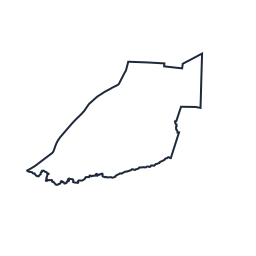 outline of Ezeiza, Buenos Aires, Argentina, rotated 230°
{"feature_id": "61730980B4318709030653", "entity_name": "Ezeiza", "entity_type": "district", "adm_level": 2, "iso_a3": "ARG", "parent_name": "Argentina", "parent_adm1": "Buenos Aires", "projection": "natural_earth1", "projection_center": [-58.584, -34.874], "detail": "fine", "context": "isolated", "style": "outline", "palette": "slate", "viewbox_px": 256, "rotation_deg": 230, "n_neighbors": 0, "source": "geoboundaries", "source_scale": "gbopen_adm2", "svg_char_len": 5398}
<svg xmlns="http://www.w3.org/2000/svg" viewBox="0 0 256 256"><g transform="rotate(230 128 128)"><path d="M77.4,141.4L91.8,164.2L92.7,163.0L93.5,163.6L94.5,164.0L94.8,164.1L95.1,164.1L95.4,163.9L95.7,164.0L96.1,164.1L96.8,164.6L97.3,164.9L97.7,165.3L98.1,165.7L98.2,165.9L98.2,166.0L98.1,166.4L98.5,166.7L98.8,166.7L99.0,166.9L99.1,167.0L99.4,167.3L99.5,167.4L100.1,167.1L100.3,167.1L100.6,167.2L100.8,167.3L101.3,167.4L101.6,167.6L102.3,167.8L102.5,168.0L102.9,168.4L102.2,169.4L110.2,182.3L105.9,187.2L100.8,193.2L99.7,194.1L96.8,196.5L120.7,217.7L137.4,232.6L142.0,211.2L138.9,207.8L152.0,195.3L154.1,197.4L165.2,185.6L178.6,170.8L173.3,163.3L172.6,161.2L169.8,154.5L167.7,149.5L167.5,148.7L167.6,147.8L169.2,141.1L169.2,140.3L170.6,133.9L171.8,124.7L171.7,120.2L171.6,117.8L171.5,113.9L171.1,112.1L169.1,105.0L168.9,102.7L168.7,101.8L168.0,92.5L167.5,88.4L164.6,70.5L164.2,68.9L163.4,66.1L162.9,64.8L162.3,63.4L161.2,61.3L158.3,56.4L158.0,55.7L157.7,55.0L157.6,54.3L157.6,53.6L158.6,33.7L158.8,31.6L159.1,29.4L159.7,25.9L160.2,23.5L159.8,23.4L159.5,23.4L159.2,23.5L158.9,23.6L157.2,24.8L156.3,25.7L155.8,26.1L155.4,26.1L154.7,26.0L154.0,26.2L153.7,26.5L153.5,26.9L153.3,27.2L153.0,27.3L152.1,27.0L150.3,27.1L149.8,27.3L149.3,27.8L148.8,28.0L148.6,28.1L148.5,28.3L148.5,28.8L148.6,29.5L148.8,30.0L148.8,30.3L148.8,30.8L148.7,31.3L148.7,31.5L148.9,31.6L149.2,31.8L149.4,32.0L150.0,32.8L150.0,33.0L149.8,33.4L149.7,33.7L149.8,34.0L150.3,34.4L150.5,34.5L150.5,34.8L149.6,35.9L149.2,36.2L148.9,36.3L148.2,36.1L147.5,36.6L146.6,37.1L146.3,37.2L145.8,37.1L145.3,36.9L145.1,36.9L144.9,37.1L144.3,37.7L144.0,37.8L143.9,37.7L143.8,37.4L143.9,37.2L144.1,37.0L144.1,36.8L143.9,36.4L143.9,36.0L143.7,35.7L142.8,34.8L142.8,34.6L142.8,34.2L142.6,34.0L142.2,33.7L141.9,33.0L141.7,32.9L141.0,33.0L140.6,32.8L140.5,32.6L140.5,32.2L140.8,31.8L140.8,31.6L140.7,31.4L140.3,31.3L140.0,31.3L139.8,31.6L139.4,32.7L139.3,33.3L138.8,33.9L138.6,34.5L137.8,35.1L137.1,36.2L136.8,36.2L136.5,36.1L136.3,36.0L135.7,35.4L135.4,35.4L135.2,35.7L134.8,36.2L134.5,36.3L133.7,36.2L132.7,36.3L131.5,36.3L131.3,36.3L130.7,36.5L130.2,37.1L129.8,37.5L129.7,37.6L129.7,37.9L129.7,38.6L129.7,39.0L129.2,39.6L129.1,39.8L129.1,40.0L129.2,40.9L129.4,41.3L129.9,41.7L130.1,42.1L130.2,42.8L130.0,43.0L129.8,43.1L129.5,43.0L129.1,42.7L128.9,42.8L128.7,42.9L128.6,43.0L128.5,43.6L128.3,43.7L128.1,43.8L127.2,43.8L126.4,43.6L126.2,43.7L126.1,43.8L126.0,44.0L126.0,44.4L125.9,44.7L125.6,45.0L125.5,45.8L125.7,46.2L126.2,46.5L126.3,46.9L126.1,47.7L126.0,47.8L125.6,48.1L125.4,48.3L125.4,48.5L125.6,48.8L126.0,48.7L126.5,48.5L126.8,48.6L127.1,48.8L127.2,49.0L127.3,49.3L127.3,50.1L127.2,50.4L126.2,50.8L125.8,51.2L124.7,52.3L124.4,52.5L123.7,52.8L123.3,52.6L123.1,52.5L122.2,51.4L121.8,51.2L121.6,51.3L121.2,51.8L120.3,52.2L119.9,52.6L119.3,53.4L118.2,54.3L118.1,54.6L118.2,54.8L118.3,54.9L119.0,55.0L119.5,56.0L119.5,56.3L119.5,56.5L119.3,56.8L118.9,57.1L118.1,58.1L117.6,58.6L117.3,58.9L117.2,59.2L117.2,59.6L116.9,60.7L116.9,62.9L117.0,63.2L117.4,63.4L117.5,63.6L117.5,64.0L117.3,64.4L116.3,65.6L115.5,66.5L115.3,66.7L115.3,66.9L115.5,67.3L116.0,67.6L116.1,67.8L116.2,68.0L116.1,68.3L115.7,68.6L115.2,68.7L114.8,68.9L114.5,69.1L114.3,69.2L114.3,69.5L114.3,69.8L114.3,70.0L114.1,70.3L113.4,70.9L113.3,71.1L113.2,71.3L113.2,71.6L113.1,71.9L113.0,72.1L112.6,72.4L112.2,72.6L112.1,72.8L112.1,73.1L112.3,73.3L112.9,73.5L113.2,73.7L113.2,74.0L113.0,74.5L112.8,74.6L112.5,74.5L112.4,74.4L112.1,73.9L111.8,73.6L111.4,73.6L111.2,73.7L111.1,74.0L111.3,74.4L111.4,74.7L111.4,74.9L111.4,75.1L111.3,75.3L111.0,75.5L110.7,75.7L110.8,76.0L110.8,76.4L110.5,76.8L110.3,77.3L110.1,77.8L109.9,78.5L109.7,78.7L109.6,78.9L109.4,79.0L109.0,78.9L108.7,78.7L108.4,78.3L108.0,77.8L107.9,77.7L107.6,77.6L107.2,77.6L106.9,77.6L106.5,78.0L106.2,78.2L105.5,78.4L105.3,78.5L104.9,79.3L104.8,79.6L104.6,79.8L104.4,79.9L104.0,80.0L103.5,80.2L103.4,80.4L103.2,80.8L102.6,81.5L102.3,82.0L101.7,82.7L101.2,83.4L101.0,83.6L100.5,83.7L100.3,83.8L100.1,84.0L99.8,84.4L99.7,84.6L99.6,85.0L99.4,85.5L99.2,85.8L98.8,86.9L98.8,87.2L98.9,87.4L99.3,87.8L99.3,88.3L99.0,89.7L98.8,90.2L98.6,91.0L98.5,91.5L98.5,92.3L98.3,92.8L98.2,92.9L97.8,93.3L97.3,93.5L97.2,93.7L97.1,93.9L97.1,94.2L97.1,95.0L96.9,95.3L96.6,96.6L96.4,97.2L96.4,97.7L96.3,97.9L95.7,98.6L95.5,99.2L95.1,99.6L95.0,100.0L94.9,100.4L94.8,100.6L94.4,101.3L94.2,102.3L94.1,102.6L93.9,102.9L93.8,103.5L93.9,104.3L93.7,104.6L93.3,105.1L93.1,105.3L92.5,105.5L92.3,105.6L92.1,105.8L92.0,106.0L91.3,106.6L91.3,106.8L91.4,107.1L91.3,107.4L90.6,108.8L90.5,109.3L90.2,109.9L90.2,110.2L90.3,110.5L90.5,111.0L90.3,111.7L90.2,111.9L89.8,112.1L89.5,112.4L89.3,112.6L89.2,113.0L88.2,114.3L88.0,114.8L87.8,115.0L87.4,115.2L87.0,115.6L86.6,116.0L86.4,116.4L86.4,117.3L86.3,117.6L86.2,117.8L85.6,118.6L85.1,119.0L84.7,119.2L84.4,119.4L84.3,119.5L84.1,120.0L84.0,120.3L84.5,121.3L84.3,121.8L83.7,122.3L83.4,122.9L83.2,123.2L82.9,123.4L82.7,123.4L82.2,124.0L82.2,124.4L82.3,124.7L82.5,125.2L82.5,125.8L82.5,126.2L82.3,126.6L82.1,126.9L81.8,127.2L81.7,127.5L81.4,128.9L81.3,129.1L81.1,129.3L81.0,129.5L81.1,129.8L81.4,130.4L81.4,130.7L81.2,131.4L81.2,131.6L81.0,132.1L80.7,132.8L80.5,134.2L80.3,134.9L80.2,135.3L80.2,135.7L80.5,136.3L80.5,137.2L80.2,137.7L80.0,137.9L79.9,138.2L79.8,138.8L79.8,139.1L79.8,139.3L79.9,139.5L79.8,139.9L79.7,140.2L79.4,140.4L78.4,140.8L77.9,140.9L77.4,141.4Z" fill="none" stroke="#1e293b" stroke-width="2"/></g></svg>